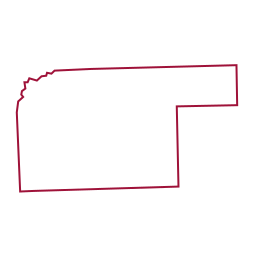 Adams, Washington, United States of America, rotated 178°
{"feature_id": "52423323B7193910850758", "entity_name": "Adams", "entity_type": "district", "adm_level": 2, "iso_a3": "USA", "parent_name": "United States of America", "parent_adm1": "Washington", "projection": "orthographic", "projection_center": [-118.309, 46.999], "detail": "fine", "context": "isolated", "style": "outline", "palette": "rose", "viewbox_px": 256, "rotation_deg": 178, "n_neighbors": 0, "source": "geoboundaries", "source_scale": "gbopen_adm2", "svg_char_len": 433}
<svg xmlns="http://www.w3.org/2000/svg" viewBox="0 0 256 256"><g transform="rotate(178 128 128)"><path d="M79.6,67.7L78.5,147.9L18.1,147.0L17.4,187.0L162.7,188.3L199.4,187.9L202.6,185.0L207.0,186.0L207.9,183.1L212.6,182.7L217.4,178.6L224.9,181.1L226.7,177.2L229.9,177.3L229.2,171.0L232.7,168.6L233.5,165.1L231.7,162.7L236.8,158.4L238.6,147.5L238.0,68.3L224.7,68.4L79.6,67.7Z" fill="none" stroke="#9f1239" stroke-width="2"/></g></svg>